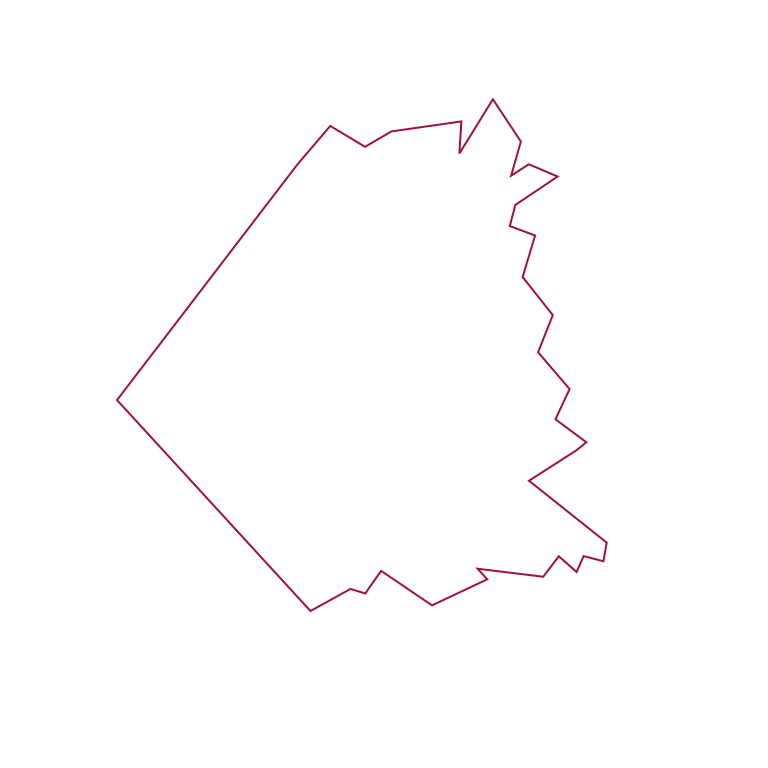 the district of Clark, Kentucky, United States of America, rotated 244°
{"feature_id": "52423323B29172406843772", "entity_name": "Clark", "entity_type": "district", "adm_level": 2, "iso_a3": "USA", "parent_name": "United States of America", "parent_adm1": "Kentucky", "projection": "albers", "projection_center": [-84.177, 37.969], "detail": "fine", "context": "isolated", "style": "outline", "palette": "rose", "viewbox_px": 768, "rotation_deg": 244, "n_neighbors": 0, "source": "geoboundaries", "source_scale": "gbopen_adm2", "svg_char_len": 622}
<svg xmlns="http://www.w3.org/2000/svg" viewBox="0 0 768 768"><g transform="rotate(244 384 384)"><path d="M592.2,606.7L558.1,552.8L586.1,568.6L607.8,501.3L605.5,470.9L639.5,448.8L619.1,402.0L486.6,137.0L212.2,218.4L214.5,264.0L203.9,275.4L206.8,280.4L217.3,299.5L164.0,330.1L163.2,391.1L176.9,387.2L141.0,442.6L152.5,465.6L130.6,474.7L141.8,488.0L128.5,503.5L143.8,514.6L233.5,471.9L240.1,528.2L243.0,540.3L277.1,522.6L298.1,548.6L345.0,536.4L371.9,565.9L419.4,555.5L451.2,584.9L470.8,566.3L487.4,580.6L494.4,631.0L518.0,610.4L515.5,589.6L541.9,613.3L592.2,606.7Z" fill="none" stroke="#9f1239" stroke-width="2"/></g></svg>